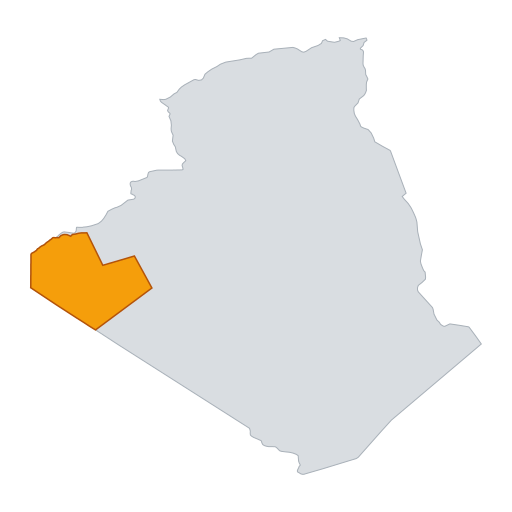 Algeria, with Tindouf highlighted
{"feature_id": "DZA-2150", "entity_name": "Tindouf", "entity_type": "Province", "adm_level": 1, "iso_a3": "DZA", "parent_name": "Algeria", "parent_adm1": "", "projection": "albers", "projection_center": [-7.582, 27.544], "detail": "fine", "context": "in_parent", "style": "filled", "palette": "amber", "viewbox_px": 512, "rotation_deg": 0, "n_neighbors": 0, "source": "natural_earth", "source_scale": "10m", "svg_char_len": 4605}
<svg xmlns="http://www.w3.org/2000/svg" viewBox="0 0 512 512"><path d="M366.1,38.0L366.7,39.2L366.9,40.3L365.2,41.6L364.1,42.4L363.1,45.6L360.6,48.0L360.3,48.7L360.4,49.2L362.3,49.9L363.0,50.7L363.5,51.8L363.2,56.1L363.0,63.7L363.2,65.3L364.1,67.2L365.0,68.6L365.5,70.3L365.7,74.5L366.9,76.8L367.9,79.0L366.6,82.0L366.3,84.6L366.3,88.1L366.4,90.4L365.6,92.6L364.5,94.7L363.1,96.1L361.4,97.4L359.3,99.0L358.0,102.9L354.6,106.4L353.9,107.6L353.8,110.1L354.3,113.5L355.4,116.1L357.7,119.8L359.9,124.0L360.6,126.2L361.3,126.9L363.8,128.1L368.0,129.5L368.8,130.3L371.2,133.0L373.7,138.2L374.8,141.8L382.5,146.3L389.9,150.3L390.5,151.0L396.4,167.0L398.5,172.7L406.1,193.2L404.3,194.7L402.2,196.5L404.2,199.1L408.1,203.4L410.5,206.9L411.4,208.4L413.6,212.9L415.5,217.2L416.0,218.7L416.9,222.1L417.7,231.8L420.4,243.9L422.4,249.8L421.3,255.6L420.4,261.1L420.9,263.7L422.4,267.7L423.7,270.6L425.1,272.1L425.6,277.2L425.4,279.2L422.1,282.4L418.3,285.4L417.5,287.7L417.5,290.0L418.3,291.9L432.5,307.6L433.1,309.3L434.0,314.1L436.9,320.0L439.4,322.4L440.5,324.3L442.2,325.5L443.8,326.3L444.8,326.3L449.9,323.9L459.4,325.3L468.4,326.8L469.1,327.2L475.5,335.8L481.3,344.0L391.4,420.1L381.6,430.9L358.3,457.2L356.4,458.5L322.7,468.8L305.1,473.9L304.3,474.2L303.3,474.3L302.5,474.3L300.9,473.9L299.0,472.7L297.7,472.0L297.3,471.0L297.8,469.4L298.6,468.0L298.9,467.0L299.4,466.1L300.2,465.4L300.1,464.5L299.3,463.1L298.6,461.1L298.3,457.4L298.2,455.7L296.4,454.4L293.1,453.1L290.2,452.4L288.9,452.2L285.7,451.9L281.2,451.3L279.6,450.7L276.5,447.5L275.1,446.7L268.5,446.6L266.3,446.2L264.4,445.6L262.8,444.6L261.8,442.7L261.5,441.2L260.8,440.5L253.4,437.3L251.5,436.1L250.4,435.0L250.2,433.3L250.3,431.1L249.8,429.2L249.5,428.3L120.6,346.2L113.8,341.8L98.6,331.9L30.7,287.7L31.0,255.8L31.1,254.2L31.5,253.5L33.7,252.3L37.0,249.7L38.2,248.5L39.8,247.3L45.4,243.7L46.5,242.7L51.9,238.5L53.2,237.9L56.1,237.5L57.3,236.7L58.9,235.0L61.3,233.1L62.8,232.2L63.2,232.1L64.2,231.9L69.2,232.5L71.3,232.9L73.8,233.2L74.5,233.0L75.2,232.4L76.1,231.0L76.3,229.4L76.4,228.1L76.5,227.5L76.9,227.2L78.0,227.3L79.5,227.4L82.4,227.4L83.4,227.1L86.8,226.8L91.5,225.8L98.2,223.6L101.4,221.2L103.7,218.5L106.1,214.7L107.9,211.3L111.8,209.2L115.0,207.8L116.9,207.3L121.1,205.4L127.9,200.1L133.7,199.2L134.4,198.7L135.2,197.8L135.2,196.3L134.1,195.2L132.9,194.7L132.1,194.1L131.2,194.0L130.8,193.3L131.0,191.9L131.1,190.6L131.6,189.3L131.4,187.5L130.5,185.8L130.2,184.5L130.2,183.2L130.6,182.2L131.8,181.5L133.1,181.2L135.1,181.5L138.4,180.9L146.9,177.5L147.5,176.6L147.9,174.4L148.5,172.5L149.3,171.9L149.8,171.7L156.7,170.2L158.2,170.1L171.0,170.1L182.0,169.9L183.0,169.5L182.9,168.1L182.1,165.6L182.4,164.0L183.9,162.4L185.8,160.7L184.8,158.8L183.1,157.5L180.9,156.0L179.7,155.4L177.6,153.6L176.3,151.4L175.3,146.8L173.7,144.3L172.4,141.1L173.1,135.2L171.5,131.7L171.2,130.2L171.1,128.4L171.4,125.2L170.9,120.8L169.0,116.4L169.7,114.8L170.1,114.0L169.9,113.3L168.3,111.9L167.6,110.7L167.9,109.6L168.6,108.0L168.5,107.3L165.9,105.4L161.6,102.4L160.4,101.1L159.8,99.3L163.8,99.6L165.8,99.3L170.4,97.0L174.0,93.9L176.9,92.4L179.3,89.1L181.5,87.0L184.7,84.8L194.0,79.7L195.5,79.5L198.7,80.4L201.5,79.9L203.3,78.2L205.0,74.2L208.0,71.7L211.8,69.1L217.0,66.5L220.4,64.2L225.8,62.1L239.6,59.9L246.7,58.3L251.6,58.2L256.2,54.5L258.5,53.2L269.1,52.0L273.9,49.2L292.8,47.4L295.1,48.0L297.5,49.0L301.7,51.7L303.7,52.2L306.1,51.3L311.6,47.7L318.0,45.5L321.4,43.4L322.6,40.7L325.5,39.4L327.5,41.2L334.5,42.3L338.6,41.3L340.3,40.5L339.3,37.7L343.8,37.9L347.3,38.9L351.2,41.2L353.6,41.5L357.6,39.7L366.1,38.0Z" fill="#d9dde1" stroke="#a8b0b8" stroke-width="1"/><path d="M95.5,329.9L92.4,328.0L88.7,325.7L85.1,323.3L81.5,321.0L77.2,318.3L72.9,315.5L68.7,312.8L64.4,310.0L60.2,307.3L55.9,304.5L51.7,301.7L47.5,298.9L43.3,296.1L39.1,293.3L34.9,290.5L30.7,287.7L30.8,285.5L30.8,283.2L30.8,281.0L30.8,278.7L30.8,277.3L30.8,275.9L30.9,274.4L30.9,273.0L30.9,271.6L30.9,270.1L30.9,268.7L30.9,267.3L30.9,265.9L30.9,264.4L31.0,263.0L31.0,261.6L31.0,260.1L31.0,258.7L31.0,257.3L31.0,255.8L31.0,254.7L31.1,254.1L31.4,253.7L31.7,253.3L34.4,251.9L35.4,251.1L36.3,250.6L36.6,250.3L37.3,249.1L37.6,248.8L38.4,248.5L38.7,248.3L40.1,247.0L41.6,246.0L43.9,245.0L44.6,244.5L46.5,242.6L48.7,241.2L50.0,240.0L51.0,239.4L51.3,239.2L52.6,237.9L53.3,237.6L54.3,237.6L55.2,237.8L55.7,237.8L56.1,237.7L56.6,237.6L58.9,237.7L60.8,235.7L63.1,234.7L64.7,234.5L67.1,234.7L70.7,236.2L72.4,234.5L75.3,234.1L78.4,233.3L79.8,233.1L81.3,232.9L84.3,232.9L86.9,232.8L102.8,265.3L134.4,256.0L151.9,288.0L95.8,329.7L95.5,329.9L95.5,329.9Z" fill="#f59e0b" stroke="#b45309" stroke-width="1.5"/></svg>